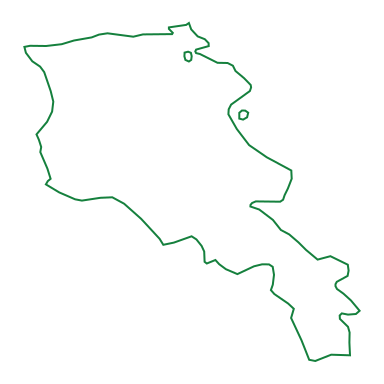 Armenia, Albers equal-area conic projection
{"feature_id": "ARM", "entity_name": "Armenia", "entity_type": "country or territory", "adm_level": 0, "iso_a3": "ARM", "parent_name": "Asia", "parent_adm1": "", "projection": "albers", "projection_center": [45.222, 40.08], "detail": "fine", "context": "isolated", "style": "outline", "palette": "green", "viewbox_px": 384, "rotation_deg": 0, "n_neighbors": 0, "source": "natural_earth", "source_scale": "50m", "svg_char_len": 1808}
<svg xmlns="http://www.w3.org/2000/svg" viewBox="0 0 384 384"><path d="M163.3,244.8L159.6,238.8L141.2,218.9L124.1,203.7L112.3,197.3L100.4,197.8L81.9,200.6L75.1,199.3L59.2,192.4L45.9,184.4L47.8,181.1L50.6,178.8L47.4,168.6L40.3,152.1L41.2,147.0L38.9,139.8L36.5,134.4L47.1,121.8L52.1,111.6L53.3,101.6L50.7,91.1L44.2,72.1L40.1,66.6L32.3,61.3L25.9,52.8L24.4,46.9L30.0,45.8L46.1,46.0L61.7,44.2L74.0,40.5L91.7,37.4L99.0,34.6L107.5,33.3L133.3,36.7L143.0,34.4L172.1,34.1L172.8,32.9L168.9,28.9L168.9,27.4L186.2,24.9L188.9,23.0L191.2,29.4L197.7,36.4L204.8,39.2L208.6,43.1L208.7,46.1L196.1,49.6L195.3,51.4L196.1,53.1L199.9,54.0L217.5,62.8L227.6,63.0L232.9,65.7L235.5,71.0L244.0,78.1L250.7,85.0L251.1,87.4L249.9,91.0L231.1,104.6L228.7,109.3L228.4,114.3L236.8,129.0L249.1,145.1L266.8,157.3L291.3,170.5L291.7,178.7L287.9,188.5L284.6,195.2L283.1,199.7L280.2,201.7L255.8,201.4L252.1,203.0L250.5,204.9L250.4,206.5L259.2,209.5L272.9,219.9L280.9,230.0L289.2,234.4L298.5,242.4L306.0,249.9L317.6,259.6L330.4,256.2L347.8,264.7L348.6,270.6L347.6,275.9L336.8,281.8L335.5,284.2L335.5,286.2L337.0,289.0L343.4,293.6L351.0,300.5L359.6,310.8L355.9,314.0L348.0,314.6L341.8,313.4L339.7,315.5L339.9,318.9L348.0,326.8L349.6,332.5L349.4,342.6L350.0,355.3L331.2,354.7L315.2,361.0L309.2,359.8L305.0,349.1L301.5,340.3L291.1,318.0L293.8,308.8L288.1,303.5L274.4,294.1L270.9,290.1L272.8,284.7L274.0,274.8L272.7,266.8L269.0,264.4L262.2,264.3L254.0,266.3L237.4,274.1L225.9,269.2L219.2,264.2L215.4,260.0L206.8,263.5L204.6,261.8L204.2,251.5L201.6,245.9L196.4,239.4L191.6,236.3L173.9,242.6L163.3,244.8ZM191.2,59.9L191.7,56.2L190.9,52.8L188.1,51.7L184.6,52.6L184.4,56.3L185.4,59.9L188.9,61.5L191.2,59.9ZM247.1,117.3L243.1,119.6L239.3,118.6L239.3,112.8L242.0,110.5L245.2,110.6L248.2,112.7L247.1,117.3Z" fill="none" stroke="#15803d" stroke-width="2"/></svg>